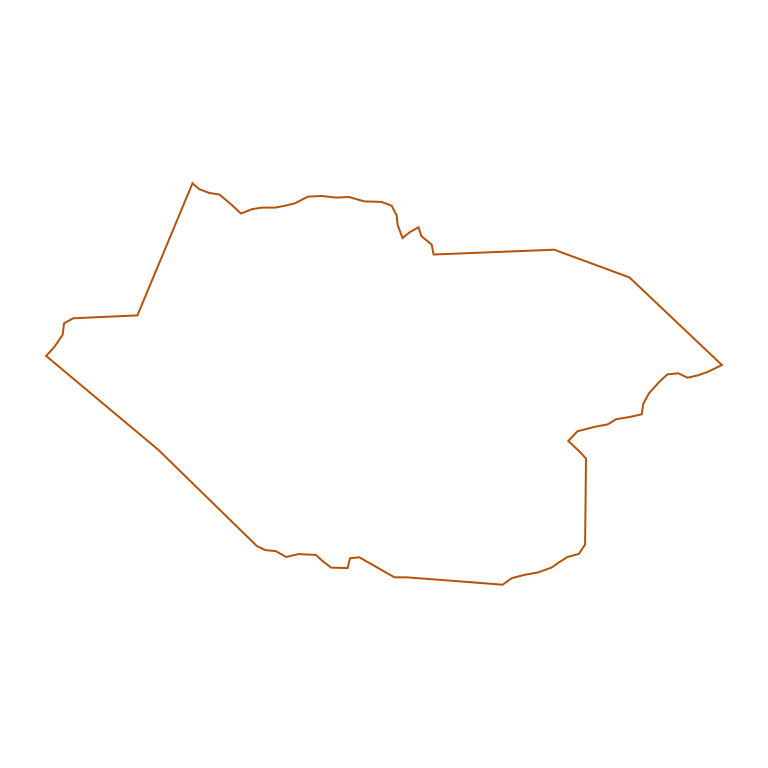 Parari, Paraíba, Brazil
{"feature_id": "56859067B42878136321644", "entity_name": "Parari", "entity_type": "district", "adm_level": 2, "iso_a3": "BRA", "parent_name": "Brazil", "parent_adm1": "Paraíba", "projection": "orthographic", "projection_center": [-36.658, -7.327], "detail": "fine", "context": "isolated", "style": "outline", "palette": "amber", "viewbox_px": 768, "rotation_deg": 0, "n_neighbors": 0, "source": "geoboundaries", "source_scale": "gbopen_adm2", "svg_char_len": 1046}
<svg xmlns="http://www.w3.org/2000/svg" viewBox="0 0 768 768"><path d="M721.9,365.0L629.5,277.5L554.2,249.7L433.6,254.5L431.7,244.6L421.4,236.1L418.5,227.2L409.9,232.1L402.5,238.0L397.6,224.9L396.7,215.4L391.6,205.7L381.5,201.9L364.3,201.4L348.9,197.0L335.9,197.6L322.0,196.0L307.9,196.6L294.9,203.3L285.1,205.7L275.1,207.6L261.9,207.6L252.3,209.1L240.9,213.5L231.6,204.8L219.4,194.5L209.4,193.0L199.3,189.2L192.5,183.3L137.4,315.4L105.9,316.8L73.2,318.3L64.1,323.2L62.6,334.8L54.4,346.9L46.1,355.9L158.3,449.8L256.9,546.1L265.4,550.1L275.7,551.1L286.2,557.0L298.3,554.1L315.8,554.9L322.9,561.3L331.0,567.6L347.6,568.1L350.0,558.3L359.3,557.3L394.4,577.3L406.5,577.3L502.6,584.7L511.7,578.2L524.7,574.8L537.8,572.5L551.4,567.6L559.1,562.3L567.4,557.0L578.9,553.9L585.1,544.6L586.0,458.5L579.3,451.3L568.3,441.0L577.4,431.3L593.9,427.0L607.9,424.3L616.1,419.2L629.1,417.1L641.7,414.3L643.2,404.0L648.9,393.4L659.1,382.0L667.3,374.4L678.4,373.3L687.5,377.7L697.8,375.4L708.0,371.8L721.9,365.0Z" fill="none" stroke="#b45309" stroke-width="2"/></svg>